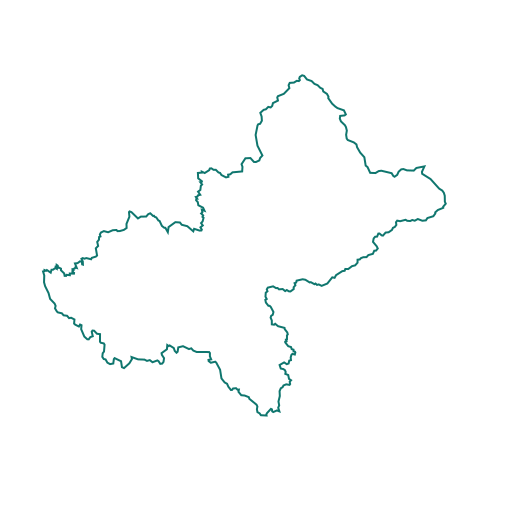 the district of Manizales, Caldas, Colombia, rotated 318°
{"feature_id": "7082276B74376648695935", "entity_name": "Manizales", "entity_type": "district", "adm_level": 2, "iso_a3": "COL", "parent_name": "Colombia", "parent_adm1": "Caldas", "projection": "equal_earth", "projection_center": [-75.513, 5.074], "detail": "fine", "context": "isolated", "style": "outline", "palette": "teal", "viewbox_px": 512, "rotation_deg": 318, "n_neighbors": 0, "source": "geoboundaries", "source_scale": "gbopen_adm2", "svg_char_len": 6103}
<svg xmlns="http://www.w3.org/2000/svg" viewBox="0 0 512 512"><g transform="rotate(318 256 256)"><path d="M418.8,206.6L415.5,200.6L414.9,197.9L414.5,193.7L415.3,187.1L416.5,186.0L417.2,183.0L416.1,178.7L417.3,176.4L416.3,174.0L416.1,170.3L414.6,167.2L414.4,163.2L412.0,158.9L412.3,154.4L411.2,152.6L408.4,152.2L406.9,153.0L406.3,154.6L404.9,154.7L403.5,153.1L400.2,152.5L396.9,149.9L394.5,150.9L393.1,153.6L385.2,154.1L379.2,151.9L377.9,152.4L376.3,155.2L370.9,153.7L368.5,155.3L366.3,155.4L364.9,153.4L361.5,153.6L359.5,152.5L355.0,152.5L353.5,156.1L350.9,159.4L347.5,160.5L345.8,159.6L344.5,160.0L336.7,165.8L330.9,175.0L328.0,185.6L324.7,185.9L322.4,187.2L318.8,186.1L317.4,184.7L317.4,179.5L313.5,176.3L306.7,178.1L305.6,180.7L302.3,183.9L294.5,178.1L291.6,178.1L289.7,176.9L288.5,178.7L286.3,177.5L284.5,172.7L284.9,170.2L284.0,168.8L283.8,165.0L282.1,163.5L281.5,161.0L280.2,160.1L278.7,160.9L273.4,160.0L272.2,157.1L271.7,157.9L268.4,155.4L265.0,159.6L265.8,164.3L264.9,164.7L264.0,164.0L263.8,166.8L262.0,166.9L258.8,169.7L256.0,169.4L255.5,173.2L253.6,172.1L252.4,172.6L250.8,171.9L250.6,174.1L249.9,173.6L248.8,174.5L248.8,177.0L247.1,179.7L249.0,184.7L248.0,187.9L246.7,185.4L245.3,187.7L243.7,187.7L243.9,190.5L242.4,191.1L242.6,192.5L239.4,194.6L237.2,194.8L236.9,197.7L233.9,197.5L233.4,200.1L232.5,200.5L231.1,199.4L228.2,194.4L225.9,195.7L224.9,187.9L221.7,183.1L221.9,180.2L218.7,176.9L210.4,176.0L206.4,179.3L207.5,174.4L206.7,173.6L206.2,170.7L207.8,165.4L207.2,164.3L207.7,160.6L206.9,159.1L207.1,157.9L206.3,157.4L206.0,153.5L203.9,152.8L200.8,153.2L196.8,149.7L193.4,149.1L192.8,140.1L191.9,138.3L191.0,138.4L188.2,142.1L181.2,145.5L178.6,148.6L175.3,148.2L171.4,146.3L169.7,144.8L169.7,143.3L166.8,141.0L162.0,139.4L159.6,135.7L156.5,134.8L154.4,135.5L153.5,137.4L152.1,136.9L150.2,138.8L147.4,139.3L145.4,142.9L142.1,143.1L138.2,149.3L136.6,149.3L132.7,147.5L131.3,148.1L128.5,144.0L126.7,143.2L125.8,141.6L124.4,141.3L123.6,144.2L121.6,146.6L121.2,145.9L122.7,143.8L121.7,142.2L118.6,141.9L116.5,140.4L114.8,144.9L114.1,143.6L113.1,144.0L111.0,143.1L110.9,145.3L110.3,143.6L108.8,145.1L109.5,146.8L108.9,147.3L105.9,144.4L104.8,145.7L102.6,143.2L101.6,143.7L100.5,142.7L101.8,140.5L101.5,136.1L102.6,134.9L101.7,132.6L101.0,132.4L102.2,130.5L101.9,129.2L100.9,130.2L100.1,129.8L99.2,131.9L98.7,130.6L96.1,130.4L94.8,129.4L92.3,131.0L91.2,126.5L90.2,126.6L89.4,124.9L88.6,125.7L87.4,125.0L85.6,128.8L80.9,133.7L79.1,137.3L77.0,144.8L74.3,150.1L74.5,156.6L73.7,159.0L71.6,160.4L70.9,164.0L71.0,165.3L73.4,168.7L73.3,171.3L75.6,174.0L75.5,177.1L77.3,178.2L78.6,181.7L75.6,184.5L75.7,186.0L77.2,189.9L79.4,189.2L80.0,190.7L77.1,193.4L74.5,201.0L74.9,205.0L75.9,206.0L78.6,205.4L81.0,206.4L83.3,202.3L84.6,202.0L85.7,203.2L85.8,207.4L87.8,209.7L82.7,215.3L82.6,216.6L84.4,219.1L84.1,220.6L79.1,225.3L77.0,225.7L74.3,228.1L73.9,230.7L75.0,232.2L74.2,235.8L75.2,238.7L78.0,240.4L81.4,237.5L82.6,237.3L85.3,243.9L82.0,248.9L82.9,251.0L90.1,251.0L94.8,249.6L95.9,247.8L99.2,253.9L103.8,258.4L104.8,261.0L107.4,262.3L108.0,265.7L112.8,267.6L113.2,268.9L112.7,272.1L114.3,273.2L116.4,272.8L119.3,270.4L119.9,266.5L120.8,265.0L127.4,265.7L130.5,262.8L130.9,264.6L132.0,264.7L133.3,269.4L132.1,272.2L132.2,274.7L133.7,274.7L137.1,271.9L141.4,274.2L143.9,280.3L146.1,281.3L146.1,284.3L147.7,287.7L156.9,296.0L156.8,297.3L154.6,299.7L153.5,302.8L151.2,301.4L150.5,302.4L151.0,305.1L155.0,307.3L155.1,308.7L153.2,316.5L148.4,323.9L148.1,329.0L149.0,331.6L148.0,334.6L147.7,338.8L148.7,339.5L150.3,339.1L152.7,340.9L152.8,343.0L153.9,343.8L152.1,345.2L151.9,349.6L154.2,352.1L156.2,356.1L155.5,357.7L156.9,366.9L156.3,368.8L154.1,370.5L152.6,373.0L153.4,375.3L153.1,377.6L157.1,381.6L157.7,380.6L159.2,380.1L164.8,379.6L165.2,380.6L164.1,382.3L164.4,383.5L168.2,384.8L169.4,387.1L171.0,383.6L173.3,382.5L175.3,379.2L180.0,376.0L183.1,372.2L185.9,370.9L188.0,371.3L189.8,370.6L192.6,371.6L194.7,374.2L195.7,374.0L196.9,372.0L198.9,371.8L198.3,369.4L200.3,366.0L198.9,363.2L200.5,362.0L201.1,360.2L200.7,358.4L199.1,356.2L200.6,352.8L205.7,353.9L206.5,357.0L208.3,357.7L210.7,356.0L212.3,356.8L213.9,354.6L216.1,353.2L217.6,353.1L218.9,355.2L220.7,354.0L220.9,353.2L220.1,352.0L221.2,350.7L220.2,349.1L221.1,347.1L219.6,344.6L219.9,339.8L220.4,339.2L221.6,339.8L222.3,338.2L223.2,338.7L225.9,335.7L227.2,335.5L228.1,333.7L228.4,329.6L229.1,328.5L225.4,322.9L224.9,319.2L223.5,319.2L222.0,317.4L224.6,314.5L225.6,311.6L227.3,310.6L229.1,310.9L231.5,309.3L232.9,303.7L232.8,302.1L231.9,301.3L232.2,297.2L233.6,294.8L235.2,295.1L235.8,292.6L238.7,289.8L240.9,289.9L241.7,288.0L243.6,287.4L248.4,290.0L249.4,293.3L250.6,294.2L250.8,296.2L253.7,298.4L254.2,301.6L256.1,301.9L256.8,304.3L257.9,305.4L261.9,305.8L263.1,304.4L265.7,304.1L266.5,302.0L268.1,302.6L269.7,301.5L275.1,304.5L276.8,306.7L278.2,311.6L279.2,312.1L280.6,316.1L281.8,316.3L282.0,318.3L283.6,319.1L284.8,322.1L290.6,324.2L298.4,322.9L299.8,324.8L302.7,323.8L310.0,325.0L312.0,326.3L313.7,325.4L315.8,327.4L320.6,327.8L323.4,329.3L327.0,328.9L329.0,326.7L330.8,328.0L332.6,327.8L334.9,328.7L337.4,330.8L340.1,330.5L344.3,332.6L347.4,331.2L348.8,332.3L351.5,331.9L352.2,329.6L352.4,323.8L355.2,321.7L357.4,321.4L359.0,322.6L361.9,321.2L362.8,321.9L363.2,324.8L364.0,325.8L368.0,325.3L370.4,327.1L374.5,327.6L376.6,326.7L378.6,327.3L381.1,326.8L382.6,324.6L384.6,324.2L386.4,326.6L391.4,329.2L391.9,331.0L394.0,333.2L396.2,333.8L397.6,336.0L401.0,336.8L403.2,341.1L406.1,343.2L408.8,342.5L414.4,345.1L417.7,344.4L418.4,343.5L421.9,343.5L427.4,345.5L428.1,344.6L432.0,344.1L432.7,342.0L436.6,337.5L437.9,334.7L438.2,332.0L437.2,328.5L437.2,315.6L434.5,306.1L435.6,304.5L441.1,302.1L434.1,297.9L430.4,298.1L425.5,293.4L423.7,290.0L421.9,288.8L418.4,288.8L415.2,290.2L412.0,289.8L411.6,288.4L412.2,285.2L406.2,276.5L404.0,275.0L400.3,274.3L396.5,270.6L398.4,264.5L398.0,262.2L402.6,255.1L402.6,248.9L403.9,242.8L405.3,240.3L404.7,237.0L401.8,231.2L402.0,229.4L404.1,226.2L407.4,223.6L409.1,220.4L409.6,218.3L409.2,212.8L410.2,210.0L412.3,208.2L415.9,210.8L417.5,210.9L418.8,206.6Z" fill="none" stroke="#0f766e" stroke-width="2"/></g></svg>